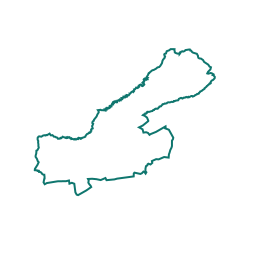 Akatsi South, Volta, Ghana (Robinson projection), rotated 61°
{"feature_id": "2480657B79730913179219", "entity_name": "Akatsi South", "entity_type": "district", "adm_level": 2, "iso_a3": "GHA", "parent_name": "Ghana", "parent_adm1": "Volta", "projection": "robinson", "projection_center": [0.754, 6.154], "detail": "fine", "context": "isolated", "style": "outline", "palette": "teal", "viewbox_px": 256, "rotation_deg": 61, "n_neighbors": 0, "source": "geoboundaries", "source_scale": "gbopen_adm2", "svg_char_len": 5764}
<svg xmlns="http://www.w3.org/2000/svg" viewBox="0 0 256 256"><g transform="rotate(61 128 128)"><path d="M173.6,106.8L170.9,105.0L169.8,103.7L167.7,101.6L166.3,99.5L165.1,98.3L160.4,95.7L159.5,94.0L158.4,93.1L149.3,93.1L146.5,95.5L146.3,95.1L144.8,94.4L145.0,105.3L144.3,111.1L144.4,112.5L142.0,112.9L140.5,114.2L139.5,116.7L136.2,115.9L132.8,118.0L133.0,113.9L131.8,107.0L131.4,106.7L128.1,106.3L125.2,107.6L124.0,108.7L123.8,107.9L124.0,107.6L124.0,106.2L123.7,106.0L124.2,105.1L123.9,104.0L123.4,104.0L123.2,103.2L124.2,101.6L124.6,99.4L125.0,98.4L124.5,97.2L124.9,96.4L124.5,95.8L124.5,94.8L124.7,94.5L124.6,94.1L125.4,93.1L125.5,92.3L124.9,91.3L125.0,90.6L124.5,90.0L125.0,88.5L124.5,87.6L124.3,86.3L124.0,86.1L124.4,85.0L124.4,83.9L124.8,83.5L125.2,82.1L124.9,81.5L125.0,80.4L125.9,79.0L126.3,76.9L127.0,76.2L127.1,74.6L126.8,74.5L127.2,73.8L127.2,73.0L128.1,70.6L127.2,69.4L127.3,67.3L127.7,66.5L128.3,66.4L128.7,66.0L128.5,64.4L129.1,63.6L128.9,62.8L129.3,62.2L129.3,61.6L130.1,61.1L130.0,60.1L130.7,59.9L130.7,57.1L131.3,56.2L131.9,56.1L132.1,54.2L131.8,53.6L132.0,51.5L131.7,51.0L132.1,50.3L132.2,49.3L131.7,49.0L131.5,47.7L131.1,47.3L131.3,45.5L130.9,44.1L131.0,43.5L130.8,42.1L130.4,41.9L129.9,39.3L129.5,38.7L129.6,38.1L129.2,37.2L129.2,36.3L128.7,35.4L129.0,34.7L128.6,34.5L128.8,33.8L127.8,33.3L127.5,32.8L127.1,31.6L127.2,30.2L126.5,28.1L125.4,27.3L123.4,27.7L122.8,28.2L122.5,27.2L120.9,28.1L120.0,29.0L119.4,31.5L118.7,32.2L117.7,30.8L116.7,27.5L115.1,26.0L113.9,26.9L111.5,27.1L107.1,29.4L105.0,29.4L102.7,30.5L101.8,31.8L100.9,32.4L99.5,32.2L98.8,31.8L96.5,31.8L93.6,34.6L92.3,35.2L91.0,35.2L90.4,36.0L89.4,35.8L89.0,36.4L87.7,40.0L88.1,41.1L88.0,42.3L87.8,42.9L87.2,43.3L87.1,44.3L87.4,45.6L87.9,46.0L88.4,47.2L87.5,46.8L87.7,47.3L86.9,48.7L85.3,50.1L84.5,50.4L83.5,49.9L82.6,49.8L81.6,49.1L79.7,52.5L80.0,54.4L79.6,56.9L81.2,58.6L80.9,60.1L81.3,60.7L82.5,61.0L83.3,60.8L83.7,61.1L83.9,61.7L84.5,62.1L85.2,64.2L86.0,65.3L87.8,66.9L89.3,69.6L89.8,71.1L89.3,72.9L89.7,74.6L89.7,77.6L89.5,78.0L89.3,78.8L90.0,82.5L90.3,82.8L90.1,83.3L90.5,83.7L90.6,84.1L91.2,84.6L93.0,87.9L93.3,87.9L93.7,87.5L93.3,87.2L93.5,86.9L93.6,87.3L94.2,87.5L94.0,87.9L94.5,87.5L94.6,87.1L94.9,87.2L94.6,87.9L94.7,88.6L94.3,88.8L94.2,89.3L93.5,88.6L93.6,88.8L92.8,89.5L92.9,90.2L93.2,90.8L93.8,90.9L93.8,91.4L94.1,90.6L94.4,91.0L94.6,90.9L95.2,92.7L95.6,92.0L96.2,92.9L96.8,92.6L97.9,92.7L98.4,94.3L98.4,95.0L97.7,95.6L97.3,95.3L97.3,95.0L96.8,95.0L96.4,95.8L96.1,96.0L96.0,97.0L96.4,97.8L96.2,98.2L96.4,98.4L96.6,98.2L96.8,98.7L97.4,98.5L97.7,99.7L97.6,100.3L97.1,100.3L97.1,100.9L96.6,101.3L97.4,102.7L97.2,103.8L97.7,103.8L98.3,105.8L98.9,105.4L99.1,106.0L98.2,106.2L98.2,107.7L98.7,108.6L98.9,109.6L98.7,109.9L99.1,110.0L99.8,111.6L99.4,112.6L99.0,112.5L98.4,113.3L98.6,113.5L99.7,113.2L100.0,113.6L99.7,113.8L99.8,114.2L99.1,114.6L99.8,115.0L99.9,115.7L99.6,116.1L99.3,115.5L98.9,115.5L98.3,116.8L98.7,117.0L99.1,116.9L99.4,117.3L98.9,118.5L99.8,118.2L99.2,118.8L99.8,119.0L99.7,119.4L100.0,119.4L100.0,119.9L99.6,119.5L99.6,120.3L100.0,120.7L99.3,121.0L99.6,121.8L99.0,121.6L99.2,123.1L98.9,124.0L99.4,124.2L99.4,124.7L99.8,124.9L98.9,125.5L99.6,126.0L98.5,127.1L98.4,128.0L98.1,127.8L98.1,128.6L98.3,128.8L98.9,128.5L99.1,128.9L99.6,128.6L99.7,128.9L99.3,129.7L99.7,129.8L99.4,130.1L99.7,130.3L99.5,130.6L100.1,131.1L100.1,131.8L100.4,131.4L100.9,131.8L100.6,132.1L100.9,132.6L100.5,132.6L100.7,133.0L101.1,133.0L101.4,133.6L101.1,134.1L100.7,134.1L101.5,134.9L101.4,135.2L100.9,135.2L100.8,135.5L101.4,135.9L101.3,136.4L100.7,136.4L100.8,136.8L100.4,137.0L101.2,137.6L100.5,137.9L101.1,137.9L101.4,138.4L100.9,138.5L101.3,138.8L100.7,139.3L101.6,139.5L101.3,139.8L100.8,139.6L100.7,140.0L101.1,140.0L99.4,142.8L98.8,143.1L97.8,145.7L99.2,145.6L100.2,146.1L101.3,148.2L102.7,149.9L104.3,153.8L105.1,154.4L105.1,155.4L105.4,156.0L106.3,156.8L107.4,156.4L108.4,157.6L108.9,158.5L111.3,159.1L111.2,160.4L111.6,161.1L112.7,161.4L112.9,162.6L113.6,162.8L113.7,164.0L113.2,164.4L113.6,165.7L113.4,166.7L114.2,168.8L114.9,169.5L114.9,170.3L114.5,172.3L114.6,174.1L114.2,174.1L114.3,174.6L113.7,174.7L113.0,175.5L113.2,175.8L113.0,176.4L113.5,176.4L113.6,176.9L113.4,177.2L112.7,176.9L112.9,179.0L112.5,179.6L111.9,179.6L111.8,179.9L112.1,180.3L111.8,180.9L110.8,181.5L110.3,182.7L109.9,182.4L109.5,182.5L109.6,183.1L109.2,183.2L108.9,183.6L107.7,183.6L107.3,184.2L107.5,185.6L107.0,186.2L107.0,186.8L106.6,187.2L106.2,186.6L106.0,187.4L104.5,189.1L104.0,189.3L104.5,191.1L104.0,191.3L103.9,191.9L104.3,192.2L104.3,192.8L103.4,194.5L102.2,194.5L101.3,195.5L100.6,195.7L99.5,197.1L98.4,197.2L97.5,197.7L97.5,198.2L97.0,199.1L94.9,199.3L95.0,202.4L94.6,202.6L94.4,203.1L94.5,203.9L93.8,204.6L93.4,206.0L93.6,207.9L92.2,209.8L92.2,210.6L92.8,211.8L94.4,212.7L95.9,212.8L96.8,213.5L99.1,214.4L100.4,215.2L101.6,215.4L102.1,215.8L103.5,218.1L103.4,219.1L105.7,220.5L107.3,222.1L108.4,222.8L110.8,222.6L113.3,223.0L114.6,222.7L116.4,225.1L118.6,229.2L119.7,230.0L119.9,229.9L120.2,229.1L121.4,227.6L121.8,227.8L122.3,226.7L123.3,227.1L123.7,226.3L124.9,225.5L126.7,225.3L128.3,224.3L128.4,223.9L130.6,224.8L131.6,225.6L131.9,225.6L132.0,226.0L134.6,228.2L136.8,228.1L136.8,225.7L140.5,215.4L144.5,207.9L145.3,205.1L148.3,206.2L148.7,203.7L150.7,202.0L158.8,205.2L161.4,205.2L162.5,204.2L162.4,194.7L161.8,188.8L160.3,188.7L158.5,189.1L156.6,189.2L154.8,187.8L153.2,187.7L155.0,184.0L157.4,180.5L160.3,177.1L160.8,172.0L163.2,172.1L166.4,164.7L167.0,162.1L173.1,146.5L170.6,145.0L170.2,144.0L174.2,139.4L174.3,137.7L173.6,135.6L174.4,135.0L176.4,134.7L175.6,133.4L174.2,133.7L172.0,132.4L170.1,130.8L170.1,129.2L169.3,128.6L169.1,127.5L170.8,126.0L170.3,123.7L168.5,123.1L168.9,118.5L170.3,116.4L170.9,110.5L173.6,106.8Z" fill="none" stroke="#0f766e" stroke-width="2"/></g></svg>